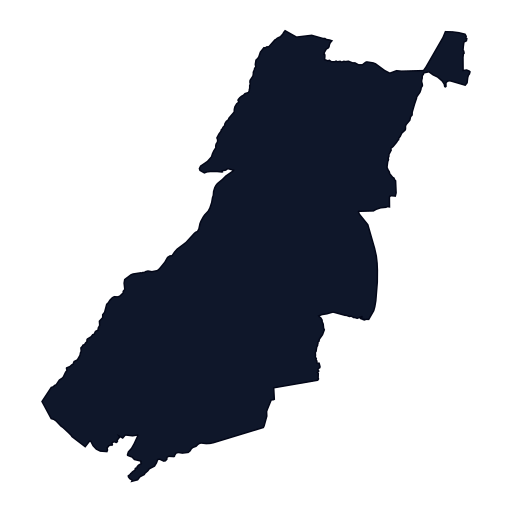 outline of Ciomagesti, Arges, Romania
{"feature_id": "2599482B53868584928572", "entity_name": "Ciomagesti", "entity_type": "district", "adm_level": 2, "iso_a3": "ROU", "parent_name": "Romania", "parent_adm1": "Arges", "projection": "equal_earth", "projection_center": [24.476, 44.857], "detail": "fine", "context": "isolated", "style": "filled", "palette": "ink", "viewbox_px": 512, "rotation_deg": 0, "n_neighbors": 0, "source": "geoboundaries", "source_scale": "gbopen_adm2", "svg_char_len": 5948}
<svg xmlns="http://www.w3.org/2000/svg" viewBox="0 0 512 512"><path d="M206.3,443.6L210.1,443.4L213.4,442.7L263.3,427.5L264.1,425.9L266.8,416.1L266.6,411.5L267.4,409.2L271.2,399.9L273.5,399.7L274.3,399.3L273.7,387.8L317.7,380.2L318.5,378.9L318.1,378.0L318.3,373.5L317.3,372.3L318.7,371.3L318.7,370.9L317.9,370.3L317.9,369.5L318.7,368.3L319.8,367.7L320.0,366.6L319.1,363.2L317.5,363.2L316.8,362.8L316.9,361.1L316.0,359.8L316.3,358.6L315.3,357.0L315.5,355.3L315.3,352.4L316.1,351.2L316.7,347.1L317.6,345.4L317.6,344.6L318.0,343.3L317.7,342.3L318.9,341.4L319.4,339.1L322.5,334.7L324.3,329.8L323.6,328.1L323.2,324.1L322.1,321.5L322.1,320.1L320.8,317.9L318.9,316.5L318.6,315.9L321.9,314.6L326.9,313.8L332.4,312.2L333.6,312.2L345.3,315.4L345.9,315.2L349.5,316.5L351.2,316.1L353.8,317.6L354.8,317.5L357.2,318.3L361.9,316.5L362.2,316.9L361.5,317.4L361.5,317.8L360.5,317.9L360.4,318.3L361.2,318.9L362.6,319.0L362.8,319.4L364.0,319.2L364.1,319.5L363.8,319.7L364.1,320.0L366.3,319.3L368.7,319.4L373.7,310.7L374.8,306.7L375.8,300.8L377.3,282.1L377.4,270.4L377.1,263.2L376.3,256.0L374.6,248.4L367.8,224.7L359.9,214.9L359.1,213.7L358.4,211.6L358.8,211.3L373.4,210.9L376.2,209.3L380.6,207.8L385.8,207.3L387.6,206.6L389.5,206.9L389.4,197.6L389.7,196.3L391.4,195.7L395.3,196.1L396.1,192.9L395.6,180.8L394.7,179.9L393.9,178.0L392.7,177.4L389.4,173.3L389.5,172.6L389.2,171.7L387.9,169.6L387.0,167.3L387.7,161.7L388.5,159.7L388.2,158.0L388.9,156.3L388.9,154.5L391.2,150.1L390.8,149.1L390.9,148.3L393.1,146.5L396.5,142.4L397.8,140.3L398.6,139.7L398.8,138.1L400.2,136.4L401.7,133.2L405.1,130.1L405.5,129.0L405.5,126.2L406.1,124.6L409.8,120.2L410.6,116.7L412.1,115.0L412.2,112.2L414.6,103.9L416.5,98.3L416.7,96.9L419.9,92.3L420.9,89.5L421.2,87.6L422.4,85.8L422.3,84.3L421.6,81.6L421.7,80.2L422.2,78.2L422.3,75.6L423.3,74.5L423.8,72.9L428.9,71.8L433.0,74.8L437.6,77.0L442.2,81.0L444.2,84.0L444.7,86.5L445.3,86.9L446.0,86.4L445.9,83.5L446.2,82.4L447.2,81.5L448.5,80.9L450.0,80.8L451.9,81.3L465.2,85.2L467.1,82.8L467.7,77.7L468.4,75.3L469.4,74.0L470.0,71.8L469.3,71.1L466.6,70.0L463.1,70.5L463.0,57.3L463.4,53.7L464.1,53.2L463.7,51.0L463.0,50.3L463.3,46.7L463.9,42.1L466.4,40.8L466.8,38.6L465.8,38.2L466.2,36.3L465.0,34.2L458.8,32.7L452.6,31.9L445.4,31.7L443.0,37.5L425.9,67.2L423.5,70.6L401.6,71.2L396.5,70.7L389.8,73.2L384.6,70.5L375.5,63.8L373.1,62.9L366.8,61.9L365.6,62.3L362.4,64.8L358.5,64.8L355.0,62.9L352.6,62.9L348.4,61.2L345.6,61.6L343.8,61.3L341.8,62.1L340.1,61.3L337.5,61.8L336.1,61.1L334.5,61.8L331.3,61.7L329.4,60.3L327.8,60.8L324.6,59.6L324.9,55.8L324.7,54.5L324.0,54.4L324.3,52.5L326.3,49.0L328.3,47.9L329.0,46.8L329.4,44.7L330.2,42.8L331.9,40.8L329.6,40.0L326.4,39.5L324.9,38.5L323.0,38.5L311.7,35.3L296.5,37.1L285.1,30.7L283.8,32.3L282.3,35.0L281.6,35.2L280.3,37.2L279.8,37.0L277.3,38.2L276.0,39.4L274.9,39.9L269.0,46.6L268.0,46.9L266.9,46.8L265.2,47.9L263.9,47.7L260.4,52.1L258.8,56.9L257.7,58.5L256.0,60.1L255.3,64.4L255.8,67.0L254.6,68.3L254.5,69.4L253.3,72.2L253.3,74.0L252.9,76.1L250.1,80.3L249.9,82.1L250.3,84.0L249.7,85.5L249.7,88.5L249.3,89.3L249.4,90.1L248.8,91.9L248.2,92.6L245.0,93.6L243.5,95.2L241.6,96.2L239.8,97.7L238.2,99.6L238.0,100.4L238.9,102.1L236.7,103.8L234.9,106.8L234.3,109.3L234.2,112.0L228.9,118.2L228.4,119.7L226.3,121.4L225.0,123.5L224.5,125.8L223.0,127.3L222.5,128.6L221.3,129.8L220.9,131.4L219.0,133.9L216.9,137.9L217.6,139.7L217.6,141.2L217.3,142.3L216.1,144.1L215.7,146.1L215.9,147.6L213.8,150.9L212.5,153.7L211.5,156.9L207.5,161.4L200.6,166.1L199.4,168.6L200.0,170.4L204.4,172.9L206.9,171.9L210.3,171.5L217.1,171.5L222.0,172.0L222.3,171.9L221.9,171.1L222.3,170.8L225.7,170.1L227.8,168.6L233.6,170.2L232.8,171.2L226.0,175.9L222.4,179.5L217.5,183.5L216.0,185.4L214.8,187.6L213.6,191.5L213.3,195.4L212.5,197.7L211.7,202.5L209.9,208.0L208.2,211.2L204.7,214.9L203.3,216.9L201.0,221.1L200.0,223.6L198.9,228.9L197.5,231.5L195.6,232.3L194.2,233.5L186.1,242.4L177.3,249.0L174.6,252.0L172.0,255.8L170.0,255.9L167.6,257.4L164.8,262.3L159.5,268.8L157.4,270.6L151.9,271.7L148.0,271.0L145.7,271.6L144.3,272.5L142.7,272.5L141.9,273.0L140.9,272.8L133.0,274.0L131.0,274.8L124.7,279.5L124.1,283.1L124.8,289.4L123.2,291.3L123.3,292.4L123.1,293.0L119.6,296.3L117.5,296.9L114.3,296.7L112.4,297.7L110.0,300.1L108.2,302.9L106.7,304.3L104.6,312.3L102.7,314.7L102.7,317.6L99.4,321.2L99.7,325.4L98.3,327.9L98.0,330.1L95.5,331.4L94.1,334.3L92.7,334.7L91.2,336.7L87.4,339.0L87.0,339.7L86.9,341.8L85.6,342.8L84.6,344.5L82.9,345.2L82.4,346.3L80.9,347.9L81.2,351.3L80.5,352.7L80.0,355.3L77.8,359.1L77.0,360.1L74.1,361.5L73.0,364.3L71.7,364.9L70.0,366.5L66.6,367.9L66.5,368.7L67.1,370.3L65.6,372.2L63.3,377.0L62.3,378.1L59.4,380.0L56.1,384.9L55.0,385.2L52.7,387.1L51.3,387.4L42.0,401.5L51.2,418.6L53.9,419.4L56.2,421.0L61.0,426.1L63.0,427.5L68.4,432.5L71.2,435.3L72.0,436.6L85.2,446.7L89.4,441.3L90.2,441.1L90.9,441.4L93.1,445.7L96.3,449.1L100.3,451.1L106.9,451.6L107.5,450.1L107.1,447.8L108.3,446.6L108.5,445.7L109.8,445.5L110.6,444.9L112.0,445.2L112.4,444.4L111.8,443.2L113.0,442.1L114.9,441.8L116.1,442.5L116.8,442.2L117.5,441.1L117.1,440.4L117.2,440.1L119.6,437.2L118.8,435.9L122.7,438.0L124.9,435.4L125.7,435.0L132.6,435.8L137.6,435.0L137.7,436.1L134.1,443.9L131.6,448.3L128.4,451.9L127.5,454.7L127.6,455.3L128.0,455.5L132.2,457.1L134.4,459.5L140.6,461.0L141.0,461.4L140.8,462.1L141.3,463.3L141.1,463.7L138.5,465.2L137.1,466.8L136.9,468.0L135.9,468.1L135.3,468.5L135.0,470.2L133.4,471.2L132.0,472.3L131.6,473.1L130.7,473.5L130.1,474.6L128.3,475.8L128.4,476.8L129.8,478.7L132.1,480.0L132.2,480.5L131.8,481.3L137.6,479.8L139.9,476.8L144.3,474.5L144.9,473.3L147.7,470.9L149.3,468.8L154.5,466.1L156.5,462.8L157.5,460.0L158.0,459.4L159.7,459.2L163.7,461.1L165.4,460.8L166.9,459.1L166.8,457.8L167.2,457.1L168.8,456.3L173.9,456.6L174.4,456.3L174.8,454.9L176.3,452.9L178.6,452.5L182.4,453.1L188.2,452.4L190.1,450.8L191.4,448.6L193.0,447.4L196.0,446.3L198.0,444.3L199.5,443.4L201.1,443.0L206.3,443.6Z" fill="#0f172a" stroke="#020617" stroke-width="1.5"/></svg>